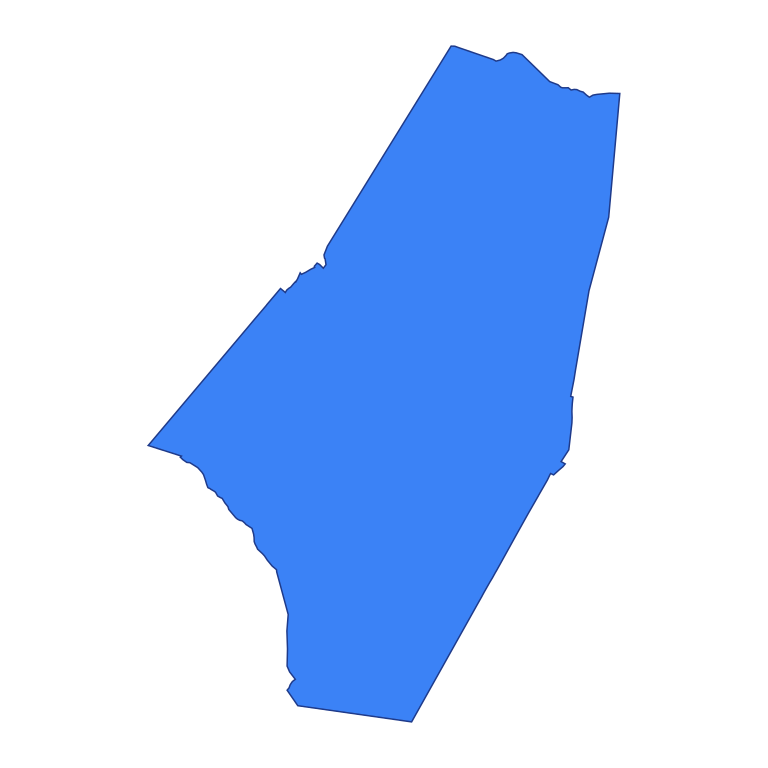 outline of Abasolo, Nuevo León, Mexico
{"feature_id": "50627088B91827729191113", "entity_name": "Abasolo", "entity_type": "district", "adm_level": 2, "iso_a3": "MEX", "parent_name": "Mexico", "parent_adm1": "Nuevo León", "projection": "robinson", "projection_center": [-100.412, 25.94], "detail": "fine", "context": "isolated", "style": "filled", "palette": "blue", "viewbox_px": 768, "rotation_deg": 0, "n_neighbors": 0, "source": "geoboundaries", "source_scale": "gbopen_adm2", "svg_char_len": 2105}
<svg xmlns="http://www.w3.org/2000/svg" viewBox="0 0 768 768"><path d="M287.1,690.2L297.8,705.7L411.6,721.9L473.9,610.6L477.7,603.8L482.0,596.2L482.3,595.6L482.9,594.4L483.2,594.0L483.8,592.8L489.7,582.4L492.3,578.1L495.4,572.5L496.3,571.0L500.1,564.2L516.4,534.7L528.4,513.2L537.7,497.0L537.9,496.6L538.2,496.2L538.4,495.7L547.3,480.2L547.5,479.8L549.6,475.4L549.9,474.8L550.6,473.5L553.6,474.9L558.8,470.2L563.0,466.6L565.2,463.9L561.1,461.6L568.8,449.8L571.9,423.0L572.1,417.7L571.9,411.2L572.1,406.6L572.3,403.5L573.0,397.1L570.7,396.4L574.0,379.6L575.4,370.7L589.0,290.7L608.7,217.2L619.8,93.5L609.4,93.2L596.9,94.4L593.0,95.1L589.4,97.2L586.6,95.2L584.3,93.1L583.3,92.1L580.1,91.2L576.8,89.6L574.2,89.4L571.1,90.0L568.2,87.7L566.9,87.8L562.4,87.8L560.7,87.2L558.1,84.8L549.7,81.6L522.0,54.6L516.2,52.8L513.1,52.4L509.4,53.0L507.2,53.8L506.1,55.4L503.4,58.2L500.3,60.0L496.0,61.1L493.5,59.6L458.6,47.6L454.8,46.2L451.1,46.1L327.4,246.2L324.0,254.9L324.5,258.1L325.1,258.9L326.0,264.7L323.3,268.2L319.6,264.5L317.1,263.1L314.3,266.3L314.7,267.4L310.5,269.4L305.7,272.3L301.4,274.3L300.2,272.8L297.5,279.0L295.8,281.9L295.5,281.6L293.5,283.8L290.9,286.9L290.3,287.4L288.8,288.3L286.6,290.2L286.5,290.5L285.8,291.6L285.3,292.5L283.3,290.8L282.9,290.5L281.1,289.0L280.5,288.5L278.8,290.5L278.4,291.0L266.8,304.7L266.5,305.2L255.1,318.6L249.3,325.5L249.0,325.9L148.2,445.5L181.4,456.1L180.3,457.2L182.9,459.7L186.8,462.4L189.9,462.7L197.7,467.6L201.8,472.1L203.5,474.6L205.4,480.1L206.7,484.5L207.9,487.6L208.8,488.1L210.0,488.6L211.0,489.4L214.0,491.1L215.5,492.2L216.9,494.7L217.6,496.0L220.4,497.6L222.2,498.4L224.9,502.9L227.9,506.6L228.8,509.5L233.7,515.3L235.6,517.6L237.4,519.1L239.7,520.3L242.0,520.8L242.8,521.3L244.7,523.0L246.0,524.5L252.0,528.4L253.6,534.1L254.1,537.6L254.2,541.6L255.1,544.1L256.8,547.3L257.6,549.2L262.5,553.7L264.5,555.9L267.4,560.3L269.0,562.2L272.1,566.0L276.5,569.7L276.7,571.9L288.2,614.5L286.9,630.9L287.5,649.0L287.1,666.1L289.6,671.9L295.3,679.3L292.4,681.5L291.0,683.5L290.1,685.0L289.1,687.8L287.1,690.2Z" fill="#3b82f6" stroke="#1e3a8a" stroke-width="1.5"/></svg>